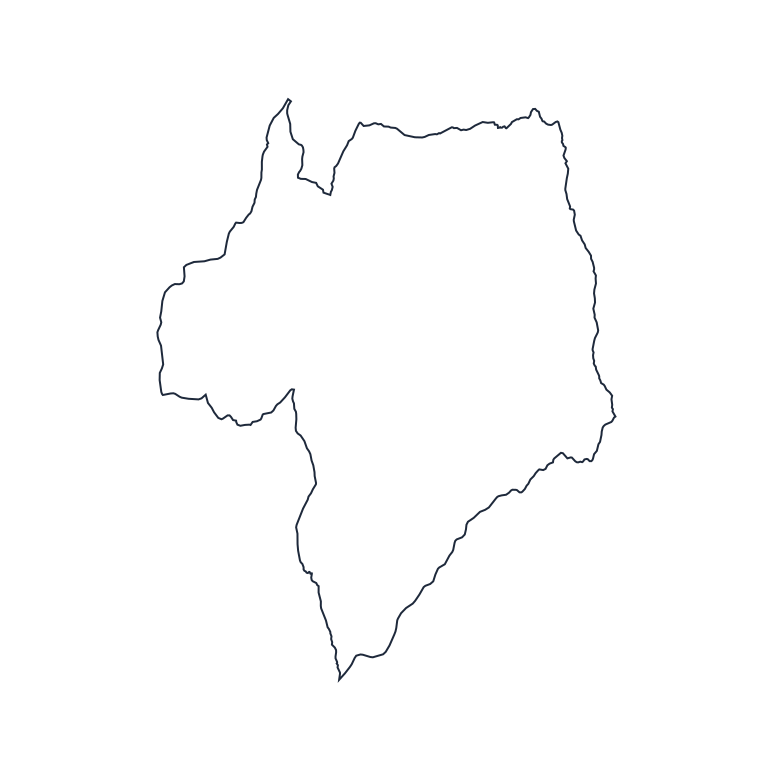 Cácota, Norte de Santander, Colombia (Equal Earth projection), rotated 11°
{"feature_id": "7082276B39579248859745", "entity_name": "Cácota", "entity_type": "district", "adm_level": 2, "iso_a3": "COL", "parent_name": "Colombia", "parent_adm1": "Norte de Santander", "projection": "equal_earth", "projection_center": [-72.647, 7.261], "detail": "fine", "context": "isolated", "style": "outline", "palette": "slate", "viewbox_px": 768, "rotation_deg": 11, "n_neighbors": 0, "source": "geoboundaries", "source_scale": "gbopen_adm2", "svg_char_len": 6141}
<svg xmlns="http://www.w3.org/2000/svg" viewBox="0 0 768 768"><g transform="rotate(11 384 384)"><path d="M617.4,371.8L613.5,367.3L613.5,365.0L612.2,363.7L612.0,360.9L610.2,355.6L610.2,352.0L607.2,349.2L603.4,347.1L601.0,343.8L599.8,342.7L597.0,341.7L595.6,339.1L594.2,337.4L593.8,335.4L593.1,334.2L589.5,329.4L588.5,326.5L587.4,325.8L586.0,323.9L585.9,321.2L584.5,318.8L583.7,315.8L583.7,313.0L582.5,311.3L582.1,310.1L582.1,301.5L582.3,298.7L584.0,292.6L584.0,290.5L581.0,282.9L578.0,278.7L577.6,275.8L575.1,270.1L575.6,263.7L574.6,259.6L572.9,255.0L572.5,251.2L572.9,244.9L571.6,240.1L571.3,237.0L568.2,233.4L568.4,231.5L568.1,229.9L565.5,224.3L563.4,221.6L562.7,218.5L559.7,215.2L556.0,212.0L554.4,208.7L551.0,205.2L548.6,201.0L546.6,200.1L543.3,196.7L539.3,188.0L538.9,186.5L539.0,181.4L537.5,177.5L536.3,176.7L533.6,176.8L532.9,176.3L532.8,174.2L528.5,167.5L526.9,162.7L525.0,159.1L524.7,157.7L524.2,147.0L524.3,142.4L523.8,137.5L520.0,132.7L521.0,130.4L517.9,127.7L516.6,125.5L517.5,119.3L517.4,117.5L516.9,116.9L514.7,116.0L514.0,114.3L512.5,112.9L512.2,111.7L512.6,110.6L511.8,108.6L511.7,106.3L510.5,103.5L508.6,100.7L505.2,93.7L504.1,93.2L502.5,94.1L499.6,97.3L498.5,97.9L495.6,98.1L493.5,97.5L491.1,95.8L489.6,95.8L489.1,95.3L488.0,93.5L486.2,91.9L484.0,87.2L482.0,86.7L479.9,85.1L477.8,85.7L476.4,89.1L476.4,91.9L475.3,94.7L474.7,95.5L472.1,95.2L467.3,96.8L465.6,98.5L463.8,98.8L459.6,102.5L459.0,104.5L455.4,109.6L454.8,109.6L453.2,108.1L451.9,108.7L450.9,109.9L449.7,110.1L449.0,109.7L448.0,110.6L447.0,110.9L446.3,108.4L445.6,108.0L443.3,108.3L442.2,106.2L441.2,106.2L436.1,107.8L430.9,108.0L424.1,112.9L419.8,117.1L416.2,119.0L413.6,119.1L411.2,120.2L406.8,118.7L403.8,119.5L402.6,119.0L401.5,119.1L391.2,127.4L390.2,127.2L388.3,128.8L386.5,128.9L380.5,131.0L376.8,133.7L374.5,134.7L367.3,135.9L356.7,135.7L348.0,130.9L346.2,130.5L341.6,131.0L339.4,130.5L334.8,131.2L331.4,129.3L328.8,130.2L326.1,129.6L324.4,130.0L320.3,132.9L314.8,134.6L311.3,132.0L310.3,132.1L309.6,133.5L307.6,140.9L306.4,148.2L305.6,149.7L303.0,152.3L302.2,156.7L299.7,163.3L296.8,176.3L295.5,179.1L294.1,180.7L294.0,182.1L295.1,186.2L294.9,189.9L295.5,191.8L295.5,194.0L294.2,197.4L296.0,200.3L295.8,203.7L295.2,205.5L295.2,208.7L288.1,207.7L287.0,204.9L281.3,202.6L279.0,199.5L274.8,199.5L268.0,197.7L263.2,198.5L260.2,197.9L259.5,194.8L260.3,192.0L260.9,191.1L261.8,188.5L262.1,184.8L260.7,178.8L260.5,176.3L260.8,171.8L260.2,169.5L259.3,167.2L257.9,165.6L256.9,165.1L254.7,165.0L247.8,161.1L244.0,154.2L242.3,146.6L238.1,138.5L237.3,136.8L236.7,133.7L236.9,128.6L238.7,124.3L235.5,122.7L232.1,132.7L228.4,139.2L225.0,143.8L222.5,152.1L221.7,164.5L222.4,167.0L224.4,169.7L223.4,171.2L224.4,173.4L221.9,178.8L221.3,182.0L221.3,183.8L221.7,189.2L223.2,196.8L223.3,199.7L224.3,205.1L224.3,207.1L222.3,217.7L222.3,221.6L222.6,224.8L221.9,227.6L222.3,230.8L221.1,235.1L220.9,239.8L220.0,242.2L218.9,243.4L217.0,247.1L215.1,252.0L213.6,253.0L211.7,253.5L208.0,253.8L207.4,254.9L206.5,258.4L203.6,263.8L203.0,266.0L202.6,274.3L202.8,287.2L199.4,291.1L196.9,292.9L189.9,295.0L184.3,297.8L174.1,300.5L167.3,304.8L165.3,307.6L167.7,316.4L167.9,321.5L166.6,323.8L164.1,325.1L159.6,325.8L156.9,327.8L155.0,330.0L151.5,335.8L150.6,344.8L151.5,355.1L151.5,361.6L153.6,365.9L153.5,368.4L152.0,374.3L151.7,376.5L152.8,380.5L154.2,383.7L157.8,388.9L163.5,406.9L163.0,411.1L161.8,415.9L163.0,422.9L166.9,434.3L168.0,436.1L169.0,437.0L176.4,434.0L179.0,433.3L180.9,433.5L185.8,435.5L188.0,436.0L195.0,435.8L204.9,434.5L207.6,432.9L211.0,428.5L214.8,436.2L219.4,440.2L222.6,444.2L227.8,448.9L231.2,449.6L232.5,448.7L236.4,444.7L238.4,444.3L240.1,445.5L242.7,448.2L245.8,448.2L246.3,449.7L247.9,451.9L251.0,452.4L255.3,450.7L259.6,449.6L260.8,449.7L262.3,446.3L266.4,444.8L269.6,442.5L270.1,441.3L270.8,437.1L271.4,436.5L278.7,433.5L280.5,431.1L282.1,426.2L283.2,424.3L285.6,422.0L289.3,416.0L293.2,408.1L294.5,406.8L296.7,406.7L296.6,413.6L296.8,415.9L298.0,418.4L299.3,420.2L300.7,425.5L302.8,428.0L303.5,430.0L304.7,435.3L305.6,443.8L306.5,446.8L308.7,449.0L312.0,450.5L316.8,455.3L320.6,461.8L323.3,464.4L325.1,466.9L327.5,472.9L330.1,477.3L332.6,483.8L333.5,487.6L336.2,494.2L336.3,495.5L334.3,500.8L333.2,505.2L331.4,508.9L331.2,512.1L328.3,521.8L325.1,539.0L325.1,541.5L327.6,547.4L329.7,557.7L331.5,564.0L335.2,573.3L336.3,574.9L338.2,576.2L340.0,579.1L340.5,581.5L341.6,582.6L342.9,582.9L344.0,584.0L345.3,584.1L346.4,582.7L346.8,582.7L348.0,584.2L349.2,583.6L349.4,583.9L349.5,587.9L350.4,590.2L351.6,591.2L355.5,592.3L356.8,594.1L358.4,594.9L359.6,601.2L363.5,609.4L364.3,613.9L365.1,616.2L372.2,627.3L375.1,633.6L376.5,634.8L378.6,637.6L378.9,639.0L380.6,641.7L380.8,644.5L382.4,647.3L382.6,649.8L386.0,652.1L387.7,654.3L388.2,656.4L388.4,660.7L388.8,662.6L391.0,665.8L391.2,666.7L390.9,667.4L392.4,668.8L392.5,671.1L395.8,675.6L396.1,676.8L396.4,682.9L400.9,675.4L404.6,668.1L405.8,665.2L407.5,658.5L408.6,656.0L412.5,654.0L414.8,653.8L422.7,654.6L425.2,654.4L434.7,649.5L436.8,646.6L439.3,639.6L441.9,628.0L442.5,624.7L442.6,621.1L442.1,613.4L442.5,611.5L444.5,605.7L448.4,599.7L454.1,594.1L455.9,591.0L458.9,584.0L461.7,575.8L463.1,574.2L467.5,571.5L470.0,568.3L470.8,561.2L472.2,555.1L473.2,553.6L478.1,549.3L481.0,539.9L483.1,535.8L483.6,533.6L483.6,526.4L483.9,524.3L485.0,522.7L489.9,519.6L492.0,516.3L492.2,511.1L491.8,506.4L492.7,503.2L497.6,498.3L502.6,491.2L507.3,488.2L510.5,485.2L515.7,475.0L516.7,473.3L517.8,472.3L520.7,470.9L525.0,469.4L527.5,466.8L529.0,464.3L530.2,463.3L533.8,462.7L534.8,462.8L537.7,464.5L539.4,464.2L540.3,463.4L542.3,460.2L543.4,456.6L544.7,454.5L545.9,449.8L548.6,445.8L549.8,442.7L551.7,439.5L552.7,438.2L556.7,438.1L558.8,436.5L559.9,432.6L561.7,430.6L564.8,428.7L564.7,426.0L565.3,424.6L570.8,417.8L572.8,417.8L578.2,422.0L581.4,420.4L582.5,420.4L586.4,423.3L588.1,424.0L589.5,423.9L591.5,422.8L593.4,422.9L594.2,422.1L595.2,419.8L597.2,418.9L598.3,418.9L600.6,420.5L602.2,420.2L603.0,419.1L603.4,417.5L603.6,412.8L605.7,409.0L606.0,402.2L607.1,399.6L607.2,392.5L606.8,389.1L607.0,385.0L607.7,383.3L609.0,381.6L614.4,377.9L615.2,376.5L616.2,373.1L617.4,371.8Z" fill="none" stroke="#1e293b" stroke-width="2"/></g></svg>